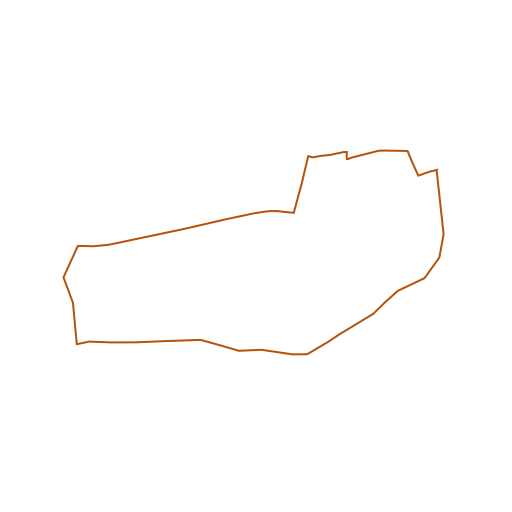 outline of Kesm Than Assuit, Asyut, Egypt, rotated 121°
{"feature_id": "37247803B53748377361433", "entity_name": "Kesm Than Assuit", "entity_type": "district", "adm_level": 2, "iso_a3": "EGY", "parent_name": "Egypt", "parent_adm1": "Asyut", "projection": "robinson", "projection_center": [31.165, 27.193], "detail": "fine", "context": "isolated", "style": "outline", "palette": "amber", "viewbox_px": 512, "rotation_deg": 121, "n_neighbors": 0, "source": "geoboundaries", "source_scale": "gbopen_adm2", "svg_char_len": 1367}
<svg xmlns="http://www.w3.org/2000/svg" viewBox="0 0 512 512"><g transform="rotate(121 256 256)"><path d="M423.9,364.2L415.3,354.9L404.3,335.0L391.8,314.4L385.4,304.7L374.5,288.2L372.3,284.7L356.5,260.4L350.9,240.3L346.1,221.9L333.5,202.9L333.4,202.5L333.2,202.1L321.6,174.2L313.8,161.5L294.7,151.2L292.2,149.8L280.6,144.4L270.6,139.1L261.3,134.2L245.1,125.7L230.5,121.9L212.8,116.5L188.1,100.1L162.8,98.1L140.7,106.4L89.3,145.5L89.2,145.5L93.5,149.8L95.0,151.2L97.3,153.1L102.9,157.7L103.0,157.9L103.1,158.0L103.5,158.4L102.3,160.1L99.7,163.8L98.0,166.3L93.7,172.5L92.2,174.5L90.8,176.4L89.7,177.8L88.3,179.5L88.2,179.9L88.1,180.3L88.5,180.9L88.7,181.5L89.4,182.7L92.0,187.3L96.0,194.1L96.9,195.7L98.8,199.0L99.9,200.9L102.2,204.5L103.6,206.1L107.8,210.2L113.6,216.0L121.2,223.5L123.7,225.9L124.2,226.1L124.7,226.3L125.6,227.4L125.8,227.7L126.1,228.0L124.8,229.0L120.3,231.6L120.2,231.6L121.5,234.2L124.6,237.4L127.3,240.4L129.7,242.9L131.2,244.5L132.6,246.4L136.4,251.5L136.6,251.8L137.6,252.9L141.2,256.9L142.0,257.8L142.2,258.4L142.5,259.0L143.5,262.7L170.5,254.1L180.1,251.4L199.5,245.9L202.3,251.6L206.7,261.2L210.2,267.0L213.6,271.5L220.8,280.1L239.4,300.1L255.1,316.3L270.4,332.2L280.8,343.4L303.9,368.3L316.8,382.1L322.5,388.4L331.1,399.9L339.1,413.9L373.5,410.0L376.1,406.7L390.4,388.8L423.9,364.2Z" fill="none" stroke="#b45309" stroke-width="2"/></g></svg>